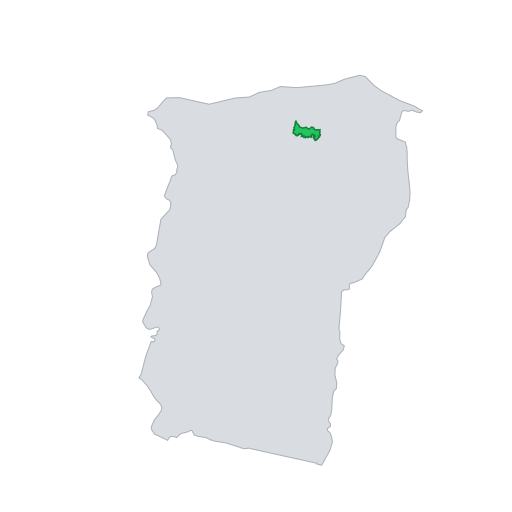 Assin North, Central, Ghana shown in context, rotated 193°
{"feature_id": "2480657B44214183650816", "entity_name": "Assin North", "entity_type": "district", "adm_level": 2, "iso_a3": "GHA", "parent_name": "Ghana", "parent_adm1": "Central", "projection": "albers", "projection_center": [-1.35, 5.826], "detail": "fine", "context": "in_parent", "style": "filled", "palette": "green", "viewbox_px": 512, "rotation_deg": 193, "n_neighbors": 0, "source": "geoboundaries", "source_scale": "gbopen_adm2", "svg_char_len": 6948}
<svg xmlns="http://www.w3.org/2000/svg" viewBox="0 0 512 512"><g transform="rotate(193 256 256)"><path d="M314.8,59.7L318.7,63.4L319.6,65.5L318.2,73.6L315.3,79.2L313.5,84.5L313.7,87.2L315.5,89.8L321.5,93.9L324.5,96.6L328.2,100.7L332.4,104.7L339.5,109.8L342.5,110.8L342.4,112.2L341.4,114.2L340.8,133.6L340.3,138.6L339.8,141.1L339.1,148.4L338.4,149.4L337.0,149.3L335.8,149.6L335.5,151.1L336.0,152.5L340.3,153.6L339.4,154.7L336.2,155.7L334.7,157.8L335.4,160.3L333.6,162.3L334.1,163.7L335.2,164.7L337.1,164.3L342.1,160.9L344.2,160.6L346.8,161.3L351.6,166.3L351.8,168.8L349.9,177.4L348.0,184.0L347.7,192.8L349.7,197.7L349.5,200.4L347.3,202.7L342.3,206.2L342.7,208.5L345.0,212.8L349.2,217.6L357.4,223.5L361.8,231.3L361.9,234.4L359.4,237.6L356.4,240.4L355.5,244.3L356.9,270.4L350.4,281.7L350.4,284.9L351.0,288.7L352.8,290.9L356.1,291.5L358.8,293.7L357.9,301.6L356.5,309.7L356.3,313.6L355.5,315.5L352.9,317.0L352.0,319.6L352.6,322.7L352.2,325.1L353.6,328.1L356.5,331.8L361.3,341.2L363.2,341.9L364.0,343.8L363.5,345.8L365.3,349.9L370.7,354.0L376.2,357.6L380.7,358.1L381.8,361.3L384.8,365.4L387.0,367.2L390.4,368.3L393.2,368.9L393.3,372.4L388.3,374.8L384.9,378.4L382.3,383.9L378.7,389.9L366.2,393.1L361.5,393.1L335.9,393.3L311.9,405.2L298.2,409.4L289.7,416.1L278.3,420.8L270.3,426.6L253.7,429.3L226.6,438.3L218.1,441.9L209.5,448.2L195.5,455.5L190.0,455.4L179.0,448.5L170.8,445.1L150.7,439.7L135.6,437.7L128.4,435.4L126.4,435.0L128.1,432.5L132.3,432.4L136.7,433.2L140.0,431.3L144.9,431.0L146.2,429.1L146.6,424.1L146.6,420.1L148.3,418.3L148.8,413.6L146.4,403.2L144.7,402.0L135.9,400.5L135.3,398.4L133.7,396.2L132.0,390.8L130.1,382.8L127.1,372.8L121.3,356.4L119.8,350.6L118.9,344.7L118.7,337.7L119.9,335.1L119.7,331.4L119.2,327.8L123.4,319.5L131.5,309.3L133.2,305.6L134.7,303.1L135.0,299.4L136.4,287.5L140.4,273.1L142.8,267.7L144.5,264.8L146.5,260.0L147.0,257.8L154.5,252.2L157.9,250.6L158.7,248.4L157.5,246.0L158.0,244.3L159.8,243.5L162.6,242.9L164.6,240.5L161.5,222.8L159.0,205.2L158.8,203.7L157.3,201.2L155.8,193.9L153.3,189.7L149.8,188.4L149.8,184.4L153.4,177.6L154.3,173.6L152.6,172.4L152.4,169.4L153.6,164.4L153.0,161.3L152.4,158.0L148.7,150.3L147.9,144.8L149.8,141.6L149.7,134.6L147.7,123.8L147.4,117.0L148.8,114.2L148.1,111.5L145.5,108.9L145.3,106.4L147.6,104.0L147.3,102.1L144.5,100.7L141.9,97.4L139.7,92.1L140.2,83.7L144.5,68.2L145.0,66.9L149.8,67.0L149.8,67.7L164.7,67.6L181.8,67.4L202.1,67.2L220.6,67.1L221.5,66.4L224.5,65.5L243.2,67.1L254.9,66.3L259.9,66.8L263.5,67.9L271.6,67.2L275.9,67.6L279.1,71.5L280.4,71.4L282.2,69.8L285.5,67.9L288.8,66.4L291.1,63.4L292.5,61.1L294.7,61.6L297.7,61.4L299.8,59.5L300.6,56.5L314.8,59.7Z" fill="#d9dde1" stroke="#a8b0b8" stroke-width="1"/><path d="M229.1,394.1L230.3,394.1L231.2,393.9L231.6,393.0L232.4,392.2L233.3,391.5L234.9,392.0L235.4,392.6L236.3,392.7L237.6,391.9L239.3,391.2L240.3,391.2L242.8,391.7L243.5,392.9L245.6,394.1L247.5,396.3L247.7,395.9L247.7,395.7L247.6,395.8L247.6,395.7L247.4,395.1L247.6,394.5L247.5,394.2L247.4,393.6L247.5,393.5L247.6,393.0L247.6,392.8L247.6,392.7L247.4,392.5L247.3,392.3L247.3,392.0L247.3,391.7L247.4,391.3L247.4,391.2L247.4,390.8L247.5,390.7L247.6,390.4L247.7,390.2L247.9,390.0L247.8,389.9L247.8,389.7L247.8,389.4L247.6,389.2L247.4,388.9L247.3,388.6L247.2,388.3L247.3,388.1L247.2,388.0L247.5,387.9L247.8,387.6L247.7,387.4L247.8,387.1L247.7,387.0L247.5,386.9L247.4,387.0L247.4,386.9L247.2,386.7L247.3,386.5L247.3,386.3L247.4,386.2L247.5,385.9L247.6,385.7L247.6,385.4L247.6,384.7L247.4,384.4L247.3,384.1L247.2,383.9L246.9,384.0L246.7,384.0L246.4,383.9L246.2,383.9L246.0,383.7L245.8,383.7L245.7,383.5L245.3,383.5L245.2,383.4L245.0,383.2L244.8,383.1L244.7,383.1L244.5,382.8L244.4,382.7L244.1,382.5L243.9,382.5L243.9,382.4L243.7,382.4L243.6,382.5L243.2,382.4L243.0,382.5L242.9,382.6L242.7,382.6L242.6,382.9L242.5,383.1L242.4,383.2L242.4,383.5L242.6,383.7L242.4,383.8L242.3,383.7L242.2,383.7L241.9,383.9L241.9,383.6L241.7,383.5L241.4,384.0L241.5,384.3L241.6,384.5L241.5,384.8L241.5,385.1L241.4,385.1L241.2,385.1L241.0,384.9L240.8,384.5L240.7,384.4L240.5,384.5L240.2,384.6L240.0,384.8L239.9,384.9L239.8,385.2L239.7,385.3L239.3,385.5L239.2,385.5L238.9,385.4L238.7,385.3L238.6,385.2L238.7,384.9L238.8,384.5L238.5,384.3L238.3,384.1L238.4,383.9L238.4,383.5L238.6,383.2L238.6,382.9L238.3,383.1L238.1,383.0L238.0,383.4L237.9,383.6L237.7,383.7L237.4,383.7L237.1,383.6L236.9,383.5L236.7,383.6L236.7,383.8L236.4,383.8L236.4,383.7L236.5,383.6L236.7,383.4L236.9,383.1L236.9,382.9L236.5,383.0L236.4,383.2L236.2,383.4L236.2,383.0L236.1,382.8L236.1,382.6L235.9,382.6L235.8,382.4L235.6,382.5L235.2,382.5L234.9,382.5L234.5,382.5L234.4,382.4L234.2,382.7L234.4,382.8L234.5,382.9L234.5,383.2L234.4,383.3L234.1,383.5L233.9,383.6L233.8,383.4L233.7,383.4L233.4,383.4L233.2,383.4L233.1,383.5L232.9,383.5L232.8,383.3L232.6,383.2L232.3,383.2L232.0,383.2L231.7,383.2L231.7,383.3L231.8,383.5L231.8,383.8L231.7,384.0L231.6,384.3L231.4,384.3L231.2,384.0L230.8,384.2L230.6,384.5L230.4,384.5L230.0,384.3L229.7,384.2L229.6,384.3L229.5,384.9L229.4,385.0L229.2,384.9L229.0,384.6L229.0,384.3L228.9,384.2L228.8,384.3L228.7,384.3L228.8,384.7L228.8,385.0L229.0,385.2L229.2,385.4L229.2,385.6L229.1,385.9L229.1,386.2L229.1,386.4L229.1,386.9L229.0,387.0L228.7,386.9L228.5,387.0L228.4,387.2L228.2,387.4L228.1,387.1L228.1,386.9L227.9,386.8L227.8,386.6L227.5,386.5L227.4,386.5L227.5,386.7L227.5,386.8L227.4,386.9L227.1,386.8L227.0,386.6L226.8,386.5L226.6,386.6L226.8,386.2L226.7,386.1L226.4,386.1L226.1,386.0L225.7,386.3L225.3,386.1L225.5,385.9L225.5,385.7L225.6,385.4L225.7,385.2L226.0,385.1L226.2,385.4L226.3,385.4L226.5,385.3L226.8,385.1L226.7,384.9L226.4,384.8L226.5,384.6L226.7,384.3L226.7,384.2L226.4,384.0L226.1,384.0L226.0,383.8L225.8,383.8L225.7,383.7L225.5,383.1L225.5,382.9L225.4,382.8L225.3,382.7L225.2,382.8L225.1,383.2L224.8,383.1L224.8,382.8L224.8,382.6L225.0,382.5L225.0,382.4L224.9,382.2L224.5,382.2L224.3,382.1L224.1,382.1L223.8,382.1L223.8,382.3L223.9,382.5L224.1,382.5L223.8,382.9L223.6,382.8L223.2,382.8L223.0,383.1L222.8,383.5L222.5,383.7L222.4,383.8L222.3,384.0L222.2,384.0L221.9,384.5L221.9,384.8L222.0,384.9L221.7,385.4L221.7,385.5L221.0,386.2L221.0,386.3L221.0,386.5L221.3,386.7L221.1,386.7L221.0,387.1L220.8,387.3L220.9,387.5L220.6,387.9L220.7,388.1L220.7,388.3L220.9,388.4L221.0,388.7L220.9,388.8L221.1,388.9L221.1,389.0L221.3,389.1L221.5,389.3L221.5,389.6L221.5,389.9L221.5,390.1L221.4,390.3L221.5,390.4L221.9,390.6L221.7,391.0L221.8,391.3L221.9,391.5L221.8,391.8L221.7,391.9L221.8,392.1L221.9,392.3L222.0,392.4L222.1,392.5L222.1,393.0L222.1,393.4L222.3,393.3L222.6,393.2L222.9,393.2L223.1,393.1L223.3,393.1L223.5,393.1L223.8,393.1L224.3,392.8L224.5,392.8L224.7,392.5L224.8,392.4L225.0,392.3L225.4,392.3L225.6,392.5L225.8,392.4L225.9,392.5L226.1,392.4L226.3,392.3L226.7,392.4L226.9,392.4L227.1,392.4L227.4,392.6L227.6,392.6L227.8,392.6L228.1,392.8L228.2,393.1L228.3,393.1L228.4,393.3L228.4,393.6L228.7,393.8L228.9,393.8L229.1,394.1Z" fill="#22c55e" stroke="#15803d" stroke-width="1.5"/></g></svg>